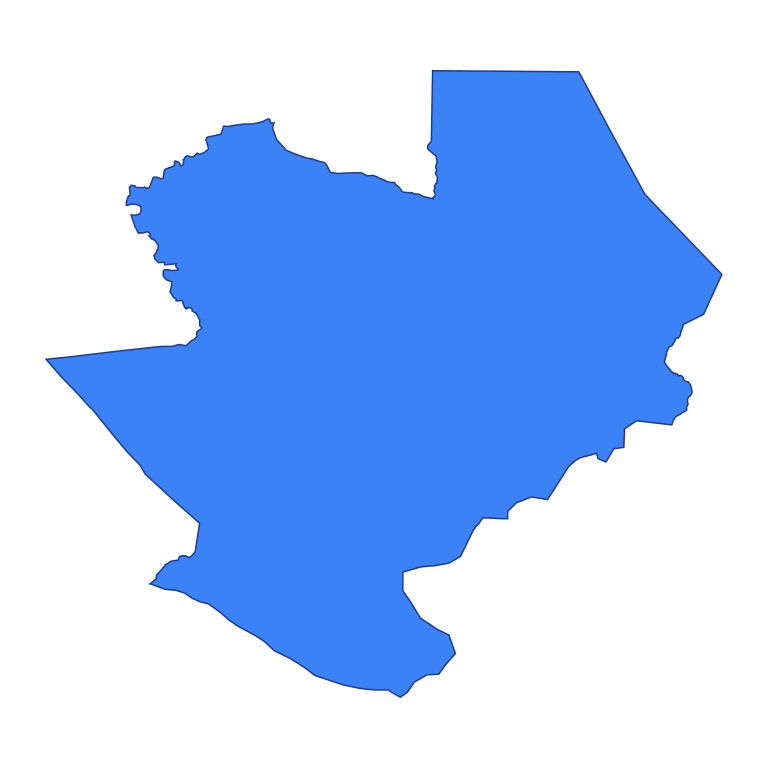 Fanteakwa North, Eastern, Ghana
{"feature_id": "2480657B42231307300111", "entity_name": "Fanteakwa North", "entity_type": "district", "adm_level": 2, "iso_a3": "GHA", "parent_name": "Ghana", "parent_adm1": "Eastern", "projection": "albers", "projection_center": [-0.403, 6.499], "detail": "fine", "context": "isolated", "style": "filled", "palette": "blue", "viewbox_px": 768, "rotation_deg": 0, "n_neighbors": 0, "source": "geoboundaries", "source_scale": "gbopen_adm2", "svg_char_len": 6123}
<svg xmlns="http://www.w3.org/2000/svg" viewBox="0 0 768 768"><path d="M46.1,359.3L60.4,375.9L77.5,393.6L90.3,407.8L91.6,408.4L111.5,433.1L122.1,445.9L127.7,452.5L140.1,465.3L145.3,474.2L173.3,500.0L199.6,523.3L195.2,551.7L192.0,555.5L189.4,557.6L186.4,556.2L184.7,555.7L183.3,555.6L179.7,556.4L178.8,558.1L178.4,559.7L178.2,560.0L177.0,560.3L173.8,560.7L170.3,561.5L167.1,563.9L165.3,564.6L164.6,566.3L163.2,567.5L162.8,568.2L161.6,569.6L159.6,571.9L156.6,574.8L156.2,577.3L156.5,578.9L154.7,579.9L150.0,583.9L152.1,584.4L164.6,589.2L175.9,590.3L184.5,593.0L192.4,598.4L199.7,601.7L208.3,603.8L216.8,609.8L222.8,614.5L228.7,619.9L238.6,626.6L253.7,634.6L264.3,641.4L274.2,650.7L290.7,658.8L304.5,667.5L315.1,675.6L343.5,685.0L360.7,688.5L373.9,689.9L387.8,689.9L400.3,697.3L407.6,692.0L414.3,682.1L426.9,674.8L438.8,674.2L445.4,664.9L455.4,653.6L448.9,635.0L437.7,629.6L420.5,618.2L410.7,602.1L402.8,590.8L402.9,572.1L420.8,566.9L435.4,565.6L449.3,563.0L460.5,556.4L467.9,541.2L473.2,530.5L475.9,526.6L478.6,523.9L482.6,517.9L488.5,518.0L502.4,518.7L507.7,518.7L507.7,511.4L516.4,502.8L531.6,496.9L547.5,499.6L568.8,466.4L575.5,460.5L580.1,457.8L596.7,453.3L598.0,458.6L605.9,462.0L613.9,448.7L623.8,447.4L624.6,428.8L636.5,420.8L671.9,424.9L672.1,423.8L673.1,421.0L674.7,417.9L676.3,416.4L678.5,415.1L679.7,414.6L682.9,412.2L683.5,412.1L684.5,411.5L685.6,411.1L686.6,409.9L686.7,408.5L686.5,407.5L686.6,407.0L686.9,406.7L687.3,405.4L688.0,404.5L688.1,404.0L687.5,403.0L687.7,402.4L687.5,400.7L687.6,399.0L688.0,398.1L688.8,396.9L690.5,395.6L691.3,394.4L692.1,392.0L691.6,389.1L691.4,388.0L690.9,386.9L690.6,385.0L688.1,381.8L686.7,381.6L685.4,381.2L684.9,380.8L683.2,378.9L683.3,378.0L683.2,377.6L681.7,376.0L680.3,375.3L678.8,375.7L677.8,375.6L677.6,375.4L677.8,374.7L677.7,374.3L677.4,374.1L676.3,374.0L675.8,373.4L675.4,373.2L675.0,373.2L674.4,373.8L673.8,373.8L673.5,373.6L673.1,372.7L672.5,372.5L672.3,372.1L672.0,371.9L671.1,371.7L670.4,370.0L668.2,367.4L667.5,366.9L665.6,364.1L664.7,362.5L664.5,362.0L664.6,360.8L665.2,359.5L665.3,358.2L665.8,357.0L665.8,356.0L666.6,354.5L666.3,353.0L668.2,349.0L668.3,348.0L669.5,346.6L669.9,346.3L671.1,346.1L671.9,345.6L672.5,344.9L675.2,340.4L675.0,339.8L675.4,338.8L676.3,338.2L678.2,337.9L678.1,337.7L678.7,337.4L679.6,336.6L679.8,335.6L680.4,334.8L680.4,333.5L683.6,324.3L703.6,314.3L721.9,274.4L651.5,201.3L644.7,193.9L612.1,134.1L578.8,71.8L432.6,70.7L431.4,140.9L430.1,142.9L428.2,144.9L427.8,145.7L427.6,147.1L427.8,148.6L428.3,149.5L434.3,154.7L436.0,155.7L437.2,162.1L436.4,163.8L436.3,164.8L435.9,165.8L435.7,166.9L435.8,168.0L436.6,169.8L436.6,170.6L435.5,172.6L435.4,173.3L435.7,174.2L436.2,174.9L436.5,175.6L437.1,176.1L437.4,177.3L437.3,177.6L437.2,179.6L436.9,181.0L437.2,182.6L436.9,183.1L436.1,183.3L435.7,183.7L435.3,184.8L434.4,186.1L434.4,186.8L434.9,187.4L435.0,187.9L434.1,189.8L434.1,190.9L434.6,192.6L435.2,193.8L435.3,194.7L435.1,195.4L434.6,196.2L434.1,196.4L433.0,197.5L433.2,198.7L423.6,196.6L419.1,194.3L414.3,193.8L412.2,192.8L405.6,192.4L402.7,191.9L402.1,191.6L401.4,190.2L398.5,186.7L395.4,184.4L394.5,182.6L389.6,182.3L386.5,181.4L384.2,180.1L379.3,178.1L377.0,176.8L373.2,175.5L371.9,175.4L369.7,175.7L367.3,175.7L366.3,175.4L361.5,172.9L358.9,172.7L356.9,172.8L351.8,172.8L337.7,173.5L330.3,172.4L327.2,166.0L324.6,162.6L318.6,161.1L312.1,159.0L306.7,158.1L305.2,157.4L300.3,155.9L295.3,154.0L285.4,150.0L285.0,148.7L284.4,147.9L281.1,144.6L276.4,139.2L272.5,127.8L274.0,122.8L271.1,123.4L269.4,119.0L268.1,118.9L264.9,120.4L263.4,121.3L262.3,121.7L258.2,122.8L251.7,124.0L244.9,124.0L235.7,125.1L228.0,126.5L223.7,126.1L221.3,133.1L220.5,134.2L218.3,135.0L216.8,134.9L216.0,135.5L211.2,136.3L207.1,137.2L206.1,138.9L205.9,139.9L207.2,143.7L208.6,148.9L204.1,152.6L199.4,154.4L197.3,153.1L193.6,156.5L192.3,156.8L191.1,156.8L186.9,155.7L185.0,157.3L184.6,157.9L184.2,159.3L183.2,159.7L183.6,161.3L183.4,162.7L183.2,163.2L183.0,164.5L182.6,165.1L180.8,166.2L179.8,163.7L178.7,162.2L175.7,161.1L175.1,161.0L174.8,161.2L174.6,161.4L174.4,162.3L174.5,164.9L173.6,166.1L169.9,167.5L169.1,167.6L167.9,168.3L165.8,168.9L164.6,170.1L164.1,171.3L163.2,178.4L160.4,178.6L157.7,177.3L156.7,177.4L154.9,177.0L153.5,177.3L153.2,177.5L150.2,185.7L148.8,188.1L147.5,187.8L146.7,188.5L146.2,188.5L144.8,187.1L143.6,187.7L136.7,187.5L135.3,186.9L134.7,185.7L132.9,185.9L132.2,185.4L131.3,185.3L130.8,185.6L130.5,186.2L129.7,187.0L129.4,187.1L130.2,195.4L128.5,195.9L126.4,201.8L126.4,205.5L131.8,204.1L135.9,204.4L139.1,205.4L140.8,206.8L141.1,209.3L140.7,212.6L139.0,214.2L135.6,215.1L133.1,215.2L131.1,214.9L135.1,227.0L137.1,230.5L138.0,232.6L138.4,233.2L138.7,233.3L140.4,232.7L141.2,233.0L142.9,233.0L146.5,232.0L147.3,231.8L148.0,231.8L149.5,233.4L150.4,235.3L149.6,236.4L149.3,236.3L151.4,238.9L153.0,239.1L153.5,239.5L153.7,239.9L155.1,240.4L158.4,245.8L158.1,247.0L158.1,248.1L157.7,249.1L156.6,250.8L156.5,252.1L155.3,254.0L154.0,255.2L153.9,255.6L155.0,259.2L158.8,262.6L160.2,262.6L161.1,262.3L161.5,262.4L163.8,262.3L164.4,262.8L164.5,264.5L165.0,264.8L176.0,263.8L175.8,266.5L178.4,269.5L178.0,270.2L171.9,270.5L169.7,270.2L168.4,269.7L167.3,269.7L167.2,269.8L165.8,269.8L164.7,269.6L164.3,269.9L163.1,271.5L163.3,273.2L163.2,275.6L164.2,277.4L166.4,279.8L168.3,280.6L169.4,280.7L171.9,282.1L171.4,286.2L170.0,291.8L170.5,292.7L172.0,294.3L171.8,294.8L173.5,297.3L176.3,299.2L176.3,299.7L176.0,300.4L176.0,300.7L176.4,300.9L176.8,300.9L178.8,300.5L179.5,300.9L180.7,300.5L181.2,300.5L182.4,301.1L183.0,301.8L182.8,302.6L183.5,304.4L183.4,304.7L184.0,305.2L184.2,305.6L184.1,305.9L184.2,306.5L185.2,308.0L185.5,307.6L185.9,307.6L186.3,308.1L186.3,308.8L186.9,308.9L187.2,308.7L188.1,307.4L188.5,307.3L188.9,307.8L191.2,308.1L192.2,309.1L192.0,310.2L192.2,310.6L192.2,311.0L196.4,313.5L198.0,317.0L199.7,319.7L199.6,325.2L199.9,325.8L201.3,327.3L201.5,328.1L201.4,328.8L201.2,328.9L198.0,330.8L196.8,332.1L196.7,333.0L196.9,336.6L193.8,339.6L193.3,339.9L192.1,340.2L190.3,341.7L186.8,345.1L185.6,345.7L179.3,344.5L171.9,346.4L161.7,346.4L152.9,347.3L117.1,351.2L72.4,356.6L46.1,359.3Z" fill="#3b82f6" stroke="#1e3a8a" stroke-width="1.5"/></svg>